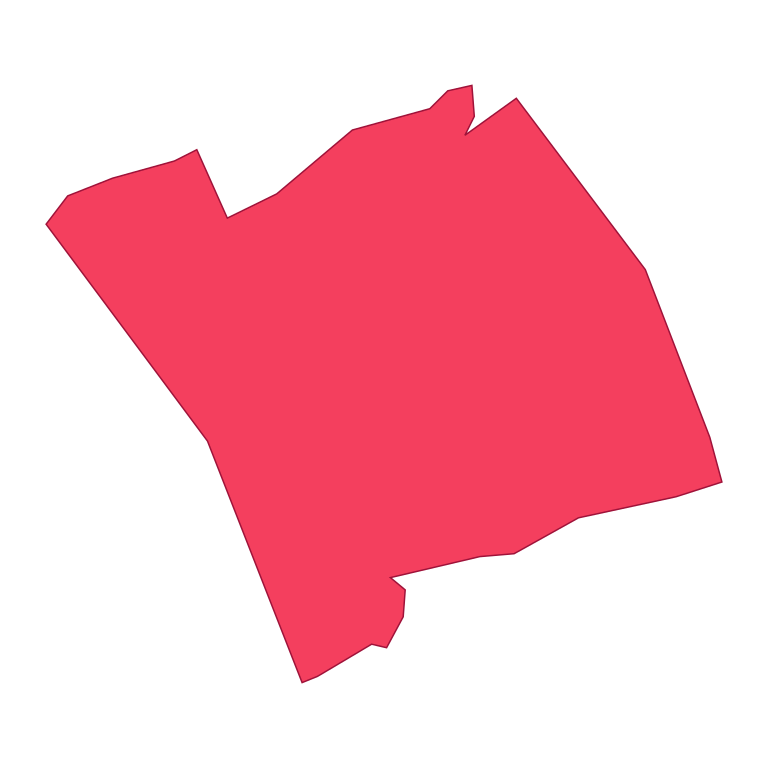 Smyth, Virginia, United States of America
{"feature_id": "52423323B4089345148618", "entity_name": "Smyth", "entity_type": "district", "adm_level": 2, "iso_a3": "USA", "parent_name": "United States of America", "parent_adm1": "Virginia", "projection": "equal_earth", "projection_center": [-81.553, 36.826], "detail": "fine", "context": "isolated", "style": "filled", "palette": "rose", "viewbox_px": 768, "rotation_deg": 0, "n_neighbors": 0, "source": "geoboundaries", "source_scale": "gbopen_adm2", "svg_char_len": 510}
<svg xmlns="http://www.w3.org/2000/svg" viewBox="0 0 768 768"><path d="M46.1,224.2L159.4,376.4L207.5,441.1L302.1,682.6L317.6,676.3L371.6,644.2L386.6,647.7L403.2,616.8L405.2,589.9L390.4,577.6L479.8,556.6L514.1,553.7L578.5,517.8L676.2,496.7L721.9,482.0L709.8,437.3L645.3,269.6L583.7,187.8L516.3,98.3L464.9,135.3L474.3,116.4L471.9,85.4L447.8,90.8L429.8,108.7L352.4,130.0L276.7,193.9L227.3,218.1L196.8,149.7L174.4,161.0L112.5,178.2L67.7,195.9L46.1,224.2Z" fill="#f43f5e" stroke="#9f1239" stroke-width="1.5"/></svg>